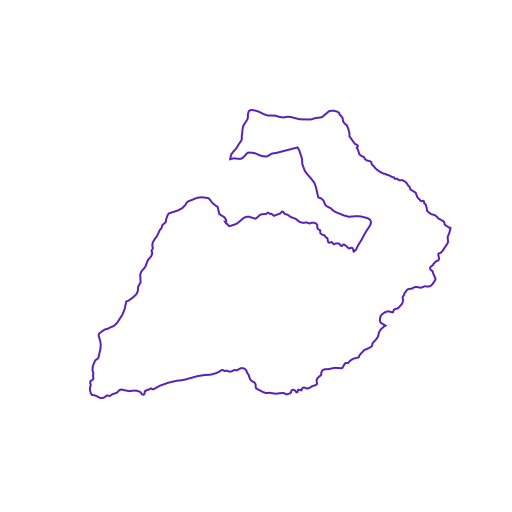 outline of Colon, Nariño, Colombia, rotated 165°
{"feature_id": "7082276B55719342922597", "entity_name": "Colon", "entity_type": "district", "adm_level": 2, "iso_a3": "COL", "parent_name": "Colombia", "parent_adm1": "Nariño", "projection": "albers", "projection_center": [-77.053, 1.629], "detail": "fine", "context": "isolated", "style": "outline", "palette": "violet", "viewbox_px": 512, "rotation_deg": 165, "n_neighbors": 0, "source": "geoboundaries", "source_scale": "gbopen_adm2", "svg_char_len": 6103}
<svg xmlns="http://www.w3.org/2000/svg" viewBox="0 0 512 512"><g transform="rotate(165 256 256)"><path d="M352.2,295.9L353.5,292.8L353.6,290.2L355.6,288.0L355.4,286.1L356.1,284.4L357.4,282.9L361.7,279.8L365.6,274.3L370.7,270.7L372.6,268.2L374.3,260.4L377.8,256.9L379.3,252.6L380.6,251.0L381.5,250.0L385.8,247.7L390.6,245.9L393.1,245.6L396.7,238.6L400.5,233.6L407.7,227.2L411.5,225.2L416.1,224.6L418.3,224.0L420.6,224.2L421.9,223.9L426.7,222.1L427.8,221.4L428.6,219.9L428.5,214.1L428.9,210.7L430.1,207.0L434.5,198.6L435.3,197.9L437.4,197.2L438.8,196.3L441.9,192.2L443.4,188.5L443.5,184.6L444.5,182.4L444.8,179.5L445.7,178.7L448.2,178.1L448.9,176.8L449.0,174.1L450.6,171.5L451.1,169.3L451.1,166.5L450.4,164.2L448.8,163.6L446.9,162.5L443.5,159.4L441.7,158.6L440.8,158.6L438.7,158.7L437.3,159.5L436.1,159.8L435.6,159.8L434.2,158.8L432.6,158.8L430.5,159.7L425.9,159.9L422.7,161.8L420.6,161.9L413.6,158.3L408.8,157.6L405.7,156.6L402.9,154.5L401.7,151.7L400.8,151.2L399.8,151.3L399.4,151.7L398.3,154.2L397.3,154.2L395.9,155.0L394.3,154.5L392.6,155.2L391.6,155.3L390.6,154.1L389.7,153.8L382.2,155.6L373.5,156.3L364.2,156.0L361.5,155.4L357.4,155.0L343.7,155.1L336.1,154.3L331.7,153.3L329.8,153.1L324.5,153.2L320.8,153.9L319.0,154.7L318.4,154.7L317.5,154.4L316.1,152.9L314.0,152.9L312.4,151.7L310.6,150.9L309.1,150.9L306.4,151.5L304.0,150.5L301.1,151.3L299.1,151.5L296.9,150.6L295.8,149.5L295.0,148.0L294.7,145.0L293.8,143.0L293.9,141.4L293.5,138.3L292.7,136.5L290.3,134.3L289.7,132.9L289.7,131.3L290.3,129.7L290.1,128.0L284.6,122.9L282.0,121.1L278.2,120.3L272.8,117.9L265.5,116.8L264.3,116.2L263.2,115.0L262.1,114.4L258.6,114.5L257.5,115.1L256.8,116.6L256.0,117.1L254.9,117.2L254.3,117.0L253.2,116.0L252.4,114.2L251.7,113.7L250.9,114.0L250.2,115.6L249.8,115.9L248.8,115.6L247.1,114.5L246.8,114.5L246.0,116.0L244.8,116.6L243.5,116.5L241.6,115.1L240.4,114.6L237.3,115.0L235.6,115.7L231.5,115.9L230.3,116.5L230.0,117.0L229.8,119.8L229.1,121.2L227.6,122.5L224.1,124.1L222.4,127.6L220.8,128.6L218.7,128.8L215.6,128.0L208.9,127.6L202.9,125.6L201.6,125.5L198.7,128.4L197.4,129.4L194.6,128.9L192.2,130.5L188.7,131.6L183.3,131.5L182.6,131.9L182.2,132.8L181.1,133.8L175.9,137.1L170.8,137.8L167.8,138.7L167.0,139.4L166.2,141.1L165.5,142.0L162.5,143.7L159.5,146.1L158.2,147.9L157.4,149.8L154.9,152.5L150.3,154.9L148.9,155.2L152.9,159.3L153.1,161.2L152.8,162.4L151.4,165.5L149.5,167.0L146.3,168.2L143.2,168.5L141.4,167.8L138.7,166.2L138.1,166.4L137.1,167.9L136.1,168.7L133.3,168.6L131.5,169.2L127.6,171.8L126.6,172.9L125.2,175.5L125.2,177.8L124.8,178.6L123.2,179.9L121.8,182.0L118.5,184.4L116.8,184.6L113.8,184.1L112.1,184.7L109.6,184.8L104.7,182.6L100.7,183.1L98.0,182.0L96.0,181.8L94.5,182.2L92.8,183.2L89.4,186.1L88.7,187.1L88.5,187.8L89.3,192.7L89.4,195.7L90.8,197.2L91.1,198.6L90.8,199.7L90.1,200.4L87.5,201.4L86.4,202.6L83.4,204.3L81.1,204.5L79.8,206.0L79.6,210.0L79.3,210.9L79.1,211.1L76.8,211.3L74.5,212.6L67.5,218.9L66.8,220.0L66.0,224.7L63.1,228.6L60.9,232.7L60.9,233.0L62.1,233.4L65.6,237.4L65.4,239.5L65.7,240.8L67.4,242.3L68.0,243.2L70.2,245.0L70.7,246.5L72.7,249.2L76.0,251.1L78.8,254.7L79.1,255.8L78.8,257.0L78.7,261.0L78.8,261.8L79.9,263.4L79.6,264.4L79.7,265.5L80.4,266.1L82.2,266.1L83.0,267.2L83.2,268.1L84.2,269.4L85.0,271.5L85.4,275.8L89.6,280.3L89.9,283.4L91.0,285.1L91.1,286.1L92.4,288.9L95.1,291.5L97.7,291.9L98.8,292.8L99.5,294.0L101.8,294.5L102.4,296.2L104.0,297.0L106.9,299.7L108.5,300.5L109.6,301.7L111.3,302.5L113.2,304.0L116.4,307.4L118.1,310.1L118.9,312.0L120.3,314.2L120.5,315.5L120.3,316.7L121.1,317.9L124.5,319.8L125.5,321.2L126.3,323.8L128.4,325.5L129.8,327.4L130.1,332.6L130.7,334.2L130.5,334.7L129.5,335.1L129.1,336.1L129.5,337.0L131.5,338.8L134.8,347.5L134.0,350.1L133.9,354.1L134.4,358.8L135.7,360.4L136.7,362.4L137.0,363.6L136.7,367.2L137.8,369.7L138.6,370.7L138.5,372.4L139.5,373.7L140.6,374.7L142.9,376.0L144.6,376.6L147.9,377.0L156.4,373.0L163.9,373.9L166.7,373.6L168.9,374.0L176.3,376.1L178.9,377.0L186.0,381.0L189.1,382.3L192.9,382.6L194.7,383.1L197.1,384.2L201.6,386.8L208.2,388.6L211.0,390.4L216.5,395.1L220.3,397.3L222.8,398.3L224.5,398.2L225.7,397.4L227.2,394.9L228.0,391.9L228.9,390.3L234.1,385.6L235.1,384.1L236.7,380.7L237.2,379.1L238.8,375.3L239.5,372.5L240.2,371.4L244.0,368.2L247.1,365.1L250.6,362.9L253.0,361.0L254.2,359.7L255.9,356.2L252.3,356.1L247.1,354.2L245.3,353.8L243.9,354.1L241.4,355.3L238.4,357.4L236.9,357.9L233.3,356.9L230.2,355.4L225.5,351.7L223.8,350.7L220.3,349.4L218.8,349.5L214.3,350.8L209.3,350.3L187.7,350.1L186.9,346.9L186.4,339.1L186.6,337.0L187.5,332.8L186.9,326.1L185.8,322.7L182.7,316.5L180.7,311.5L180.3,307.3L180.7,296.8L180.2,296.0L178.9,295.4L177.9,294.4L176.5,292.2L175.9,287.6L175.5,286.7L174.6,285.6L171.4,282.7L169.7,279.9L167.2,277.4L160.1,272.1L156.0,269.8L148.7,268.5L144.8,267.2L139.6,264.4L137.6,263.0L136.3,261.1L136.2,259.9L136.5,257.9L138.0,255.9L144.6,250.0L149.9,244.3L155.0,239.5L157.7,236.3L160.4,234.9L160.7,235.5L160.3,236.9L160.7,238.6L161.9,239.4L163.8,239.1L164.6,239.6L165.8,241.5L167.9,244.3L168.7,244.5L170.3,243.5L170.8,243.5L171.3,243.8L172.3,246.2L173.7,247.0L175.5,247.4L177.9,247.3L179.3,249.9L182.0,249.9L182.7,250.8L182.5,254.9L183.9,256.2L184.3,258.0L186.5,259.5L187.8,261.2L187.9,262.0L187.3,264.1L188.9,265.6L189.3,266.4L189.3,268.5L188.8,270.2L189.4,271.7L191.7,273.3L193.6,273.7L195.8,273.5L198.6,275.4L201.6,275.7L204.4,277.2L205.2,277.8L208.1,281.7L212.1,284.5L214.8,287.6L217.6,289.5L218.2,291.5L218.8,292.0L219.6,292.0L221.7,290.8L228.3,290.2L230.2,292.8L231.4,292.9L233.1,294.7L233.6,294.8L235.8,294.0L238.7,294.7L241.2,294.8L245.9,292.4L246.9,292.2L253.1,296.0L255.9,296.3L258.5,295.8L262.7,293.7L266.3,292.2L268.7,291.9L273.3,291.7L274.5,292.1L275.3,294.1L276.3,294.9L277.1,297.2L276.0,297.0L275.6,297.5L275.6,298.5L276.1,300.6L276.7,301.8L280.6,306.0L280.3,313.2L283.2,316.7L284.6,318.9L286.3,323.2L287.3,324.4L293.0,326.7L296.9,327.4L299.1,327.3L307.9,326.2L309.6,325.1L311.1,323.5L314.9,321.3L319.7,320.2L329.1,319.7L330.9,318.2L333.3,314.7L334.2,312.4L334.9,311.8L338.3,310.2L340.3,307.2L342.3,305.9L346.6,300.7L348.9,299.1L352.2,295.9Z" fill="none" stroke="#5b21b6" stroke-width="2"/></g></svg>